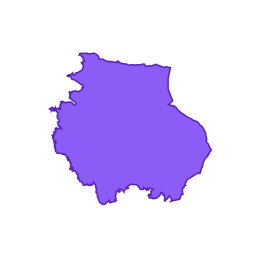 Jenin, West Bank, Palestine (Mercator projection), rotated 45°
{"feature_id": "87354302B37411468451868", "entity_name": "Jenin", "entity_type": "district", "adm_level": 2, "iso_a3": "PSE", "parent_name": "Palestine", "parent_adm1": "West Bank", "projection": "mercator", "projection_center": [35.215, 32.426], "detail": "fine", "context": "isolated", "style": "filled", "palette": "violet", "viewbox_px": 256, "rotation_deg": 45, "n_neighbors": 0, "source": "geoboundaries", "source_scale": "gbopen_adm2", "svg_char_len": 5849}
<svg xmlns="http://www.w3.org/2000/svg" viewBox="0 0 256 256"><g transform="rotate(45 128 128)"><path d="M79.8,186.5L79.8,186.8L80.7,186.0L81.1,186.1L81.6,186.9L81.0,186.9L80.9,187.2L81.3,187.9L84.1,189.3L84.9,188.7L85.8,190.4L86.1,189.1L86.6,188.7L87.1,188.9L87.1,189.8L87.6,191.0L87.8,190.7L88.0,191.7L88.6,192.6L88.8,192.3L89.2,192.7L89.1,193.0L89.7,193.4L90.0,193.4L90.1,193.1L90.6,193.2L90.6,193.9L93.6,195.6L93.6,195.8L94.1,195.6L95.7,195.9L96.9,195.0L97.2,194.3L98.9,193.3L99.6,193.2L99.8,192.7L100.4,192.7L100.6,192.5L100.2,192.5L100.2,192.2L101.3,192.0L101.4,191.2L102.1,191.2L102.7,191.6L105.0,191.4L105.0,191.6L105.8,192.1L106.3,192.0L106.7,191.4L107.4,193.2L108.2,193.2L108.4,192.6L108.7,193.0L109.2,192.9L109.3,192.3L110.0,192.8L110.9,192.7L111.6,193.1L111.7,193.7L112.7,193.7L113.0,193.3L113.7,194.0L114.0,194.8L114.1,194.7L113.9,195.2L114.6,195.9L115.6,195.8L115.6,196.2L116.1,196.7L115.5,197.6L116.1,198.3L116.7,198.2L116.8,196.9L116.5,197.0L116.5,194.9L117.1,195.0L118.3,196.3L118.6,197.6L119.0,197.8L119.0,196.5L119.8,196.9L121.3,195.6L122.0,196.0L123.6,196.2L124.3,196.9L124.9,196.8L125.5,196.2L125.9,196.4L128.0,199.3L128.8,199.1L129.1,198.4L131.3,199.9L133.5,198.9L134.4,199.3L136.7,199.5L136.8,200.0L138.5,198.3L138.4,196.9L138.8,196.5L139.0,196.9L139.5,196.9L139.7,196.6L139.6,196.3L140.8,196.4L141.8,195.5L141.4,194.5L141.6,193.8L141.9,193.5L142.6,194.1L142.9,193.3L142.8,191.6L142.2,190.8L145.2,191.4L146.3,192.1L147.1,192.2L147.2,192.9L148.5,193.0L148.7,193.7L149.5,194.1L150.0,195.2L150.7,195.9L151.4,196.3L151.7,195.9L152.3,196.5L154.1,196.9L154.9,198.4L156.4,198.5L157.0,199.2L158.2,199.4L159.4,200.2L160.5,200.6L163.9,200.0L163.9,199.3L165.4,198.6L165.8,193.6L165.7,192.3L168.0,193.7L169.7,190.5L170.9,188.9L169.8,188.3L170.7,187.3L169.8,187.1L168.6,185.8L167.3,185.3L165.8,182.2L164.3,180.2L164.7,179.6L167.0,179.8L167.0,178.7L167.3,178.7L167.3,178.2L164.9,177.5L165.9,176.6L167.4,176.0L170.2,176.1L169.4,175.5L169.6,173.6L169.5,172.1L169.1,171.6L170.6,171.2L170.9,170.3L168.9,169.8L170.0,165.0L171.6,164.5L172.0,163.9L174.2,162.1L176.4,161.9L180.0,162.6L182.1,161.0L182.3,159.9L181.3,158.9L185.3,158.7L184.2,156.7L186.0,156.8L185.9,157.2L186.4,157.2L186.3,156.6L185.8,155.9L185.8,155.4L189.1,153.5L188.9,156.6L190.2,157.5L190.8,159.0L191.5,158.7L191.9,159.6L191.2,160.2L190.8,159.8L190.0,159.9L190.1,160.3L189.8,160.6L190.0,161.5L190.7,161.3L192.3,162.5L195.1,160.1L195.8,160.3L197.8,157.3L198.0,156.4L198.1,151.9L197.0,150.9L197.1,150.1L198.6,149.6L199.8,150.6L200.7,150.5L200.9,149.9L201.9,150.4L203.4,151.5L205.3,153.8L205.7,153.3L205.2,153.1L205.8,152.0L205.8,149.4L204.9,147.1L206.3,146.8L210.1,147.9L210.4,148.3L209.9,149.8L210.1,149.9L211.4,147.1L214.7,142.3L214.6,140.6L213.6,139.4L212.7,136.8L213.8,136.2L209.9,133.1L209.3,131.2L209.7,131.0L209.8,130.5L209.1,130.0L208.6,128.6L209.2,127.9L208.2,127.8L206.6,123.6L206.7,121.2L209.2,110.5L210.2,109.8L210.9,109.6L211.0,109.2L210.4,108.5L210.1,107.1L209.2,106.2L208.3,103.9L208.3,103.0L207.6,102.4L207.0,101.1L206.3,100.5L204.8,97.1L204.2,95.1L204.0,93.0L204.5,91.8L203.5,90.7L203.8,89.3L202.9,88.2L202.9,86.3L202.3,84.7L201.9,84.4L199.5,84.0L195.8,82.5L193.6,82.4L192.7,81.9L192.0,80.7L191.0,79.8L188.5,78.4L186.8,77.0L184.2,75.8L179.5,74.7L178.0,74.7L176.5,75.1L173.5,74.4L172.3,74.6L168.0,76.7L167.1,76.6L161.8,78.4L157.5,79.0L155.2,79.7L149.8,80.0L147.1,79.4L145.1,80.2L145.1,79.9L144.6,79.8L144.5,80.3L144.8,80.3L140.3,82.6L140.2,81.6L139.9,81.2L140.2,80.6L140.4,79.6L140.1,78.9L140.4,77.2L128.8,72.1L121.2,64.5L115.4,55.4L111.3,57.9L111.3,58.9L110.7,59.9L109.2,60.2L108.2,60.9L106.0,61.7L103.8,63.0L102.8,63.1L102.6,63.5L102.6,64.3L101.4,65.4L101.2,66.8L98.3,69.9L97.2,71.8L96.7,71.9L95.0,71.4L94.1,71.4L92.7,73.2L92.2,74.7L90.9,75.7L90.8,76.3L89.2,77.3L88.8,78.3L86.0,80.4L84.2,83.1L81.6,83.8L81.4,84.4L76.6,87.6L73.8,87.6L73.2,88.6L74.2,89.3L67.9,93.9L67.2,94.6L67.5,94.8L64.2,96.4L61.4,97.2L60.9,98.2L58.2,99.7L57.3,98.6L55.9,98.1L54.0,98.2L51.1,99.1L50.2,100.1L49.8,101.0L47.9,103.3L46.0,104.2L43.8,106.8L42.7,107.5L41.3,109.7L41.9,110.9L42.4,109.7L44.4,110.3L45.9,109.9L46.2,109.6L47.5,111.1L48.3,111.3L49.5,111.0L49.8,111.5L49.6,112.4L50.0,113.3L49.4,114.2L49.0,113.9L48.8,114.8L50.1,115.1L50.8,115.0L52.3,115.5L53.3,116.7L54.7,119.8L53.7,122.3L53.5,123.8L53.6,124.1L53.2,124.4L52.1,126.1L52.6,126.8L52.3,128.8L51.0,128.9L49.9,128.1L49.7,129.4L49.9,130.5L49.4,131.5L48.4,132.2L48.1,134.2L49.4,133.8L49.2,133.4L50.0,132.9L49.7,132.0L50.1,131.7L53.6,133.2L56.7,131.7L64.7,130.3L65.1,129.8L67.5,130.6L67.8,131.3L66.9,131.7L68.2,133.9L67.2,137.5L64.5,139.0L62.7,141.6L63.0,142.7L61.0,143.8L61.2,144.3L61.7,144.1L61.7,144.4L62.3,144.3L62.6,144.8L63.4,144.5L63.5,144.9L63.0,145.3L63.8,146.3L64.1,146.2L65.5,148.3L66.2,147.7L66.8,147.6L67.6,147.9L71.9,147.2L73.5,147.3L74.1,148.1L74.3,148.8L74.3,149.4L74.0,149.9L70.1,149.8L69.1,150.2L67.3,152.1L65.9,154.5L65.4,154.4L63.7,155.3L63.9,156.0L63.2,155.4L62.6,155.6L62.1,156.4L62.1,157.1L62.9,157.2L63.0,158.4L63.8,159.8L64.3,159.5L64.7,160.1L64.7,161.2L65.3,161.5L65.4,162.1L65.1,162.1L65.0,162.4L65.5,162.7L66.6,162.1L67.1,162.4L66.2,162.8L66.0,163.4L65.4,163.4L65.2,164.1L64.3,164.1L63.6,164.4L63.1,165.1L63.4,165.5L63.2,165.6L62.2,165.0L63.0,166.6L62.0,166.0L61.7,166.5L61.4,166.4L61.2,166.6L61.4,166.8L60.9,167.2L59.4,167.1L59.3,167.5L59.8,167.8L59.1,170.0L60.7,169.6L61.5,169.7L61.8,170.1L61.7,167.9L62.4,167.9L62.7,168.4L63.7,168.4L64.0,166.8L64.8,166.4L66.0,167.0L67.3,166.6L68.3,166.8L68.8,168.7L70.4,170.5L74.8,171.5L74.4,173.4L74.1,173.8L74.5,174.1L77.9,175.8L79.0,174.8L81.3,175.8L80.0,176.0L79.1,177.4L79.0,177.9L78.3,178.3L78.3,178.9L77.1,178.6L77.0,178.9L77.4,179.2L77.1,180.0L78.1,180.2L78.0,180.8L79.1,181.1L79.6,182.8L78.6,183.0L78.1,183.2L78.1,183.5L79.5,183.3L79.7,183.9L80.3,184.0L80.6,184.6L79.7,185.5L80.0,186.3L79.8,186.5Z" fill="#8b5cf6" stroke="#5b21b6" stroke-width="1.5"/></g></svg>